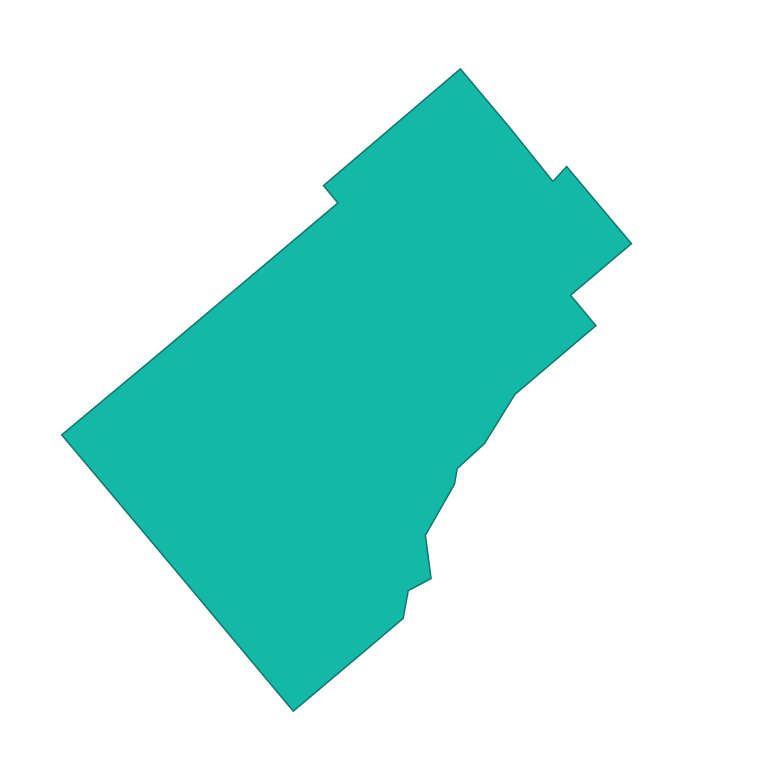 Webster, Mississippi, United States of America, rotated 320°
{"feature_id": "52423323B29713004064405", "entity_name": "Webster", "entity_type": "district", "adm_level": 2, "iso_a3": "USA", "parent_name": "United States of America", "parent_adm1": "Mississippi", "projection": "albers", "projection_center": [-89.248, 33.6], "detail": "fine", "context": "isolated", "style": "filled", "palette": "teal", "viewbox_px": 768, "rotation_deg": 320, "n_neighbors": 0, "source": "geoboundaries", "source_scale": "gbopen_adm2", "svg_char_len": 483}
<svg xmlns="http://www.w3.org/2000/svg" viewBox="0 0 768 768"><g transform="rotate(320 384 384)"><path d="M104.5,276.7L104.5,416.0L104.2,576.3L206.1,576.1L248.1,575.8L269.7,557.9L295.0,563.3L318.5,526.5L373.7,506.0L385.8,495.8L422.8,494.2L477.7,476.1L583.8,475.5L584.0,435.9L644.2,435.6L663.8,435.6L663.7,393.1L663.7,334.8L643.6,337.4L645.1,268.8L645.1,191.7L465.2,193.1L465.0,215.7L234.2,216.2L104.4,215.8L104.5,276.7Z" fill="#14b8a6" stroke="#0f766e" stroke-width="1.5"/></g></svg>